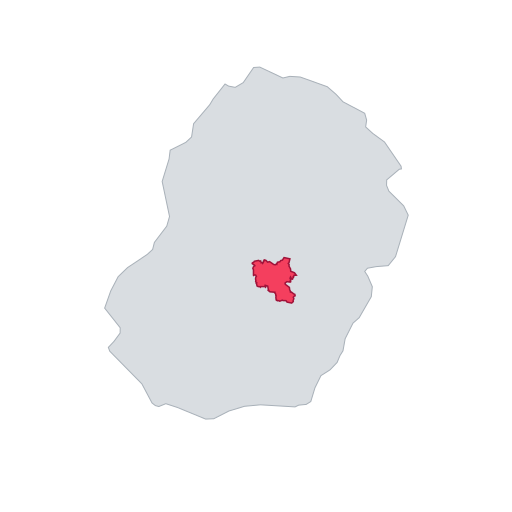 Veles, Veles, North Macedonia shown in context, rotated 132°
{"feature_id": "65306769B79358437937603", "entity_name": "Veles", "entity_type": "district", "adm_level": 2, "iso_a3": "MKD", "parent_name": "North Macedonia", "parent_adm1": "Veles", "projection": "equal_earth", "projection_center": [21.761, 41.766], "detail": "fine", "context": "in_parent", "style": "filled", "palette": "rose", "viewbox_px": 512, "rotation_deg": 132, "n_neighbors": 0, "source": "geoboundaries", "source_scale": "gbopen_adm2", "svg_char_len": 2716}
<svg xmlns="http://www.w3.org/2000/svg" viewBox="0 0 512 512"><g transform="rotate(132 256 256)"><path d="M233.2,138.1L241.0,139.0L257.8,134.4L268.3,127.9L273.7,127.0L280.8,124.5L291.0,124.8L301.4,127.7L314.5,124.0L327.5,117.9L332.7,119.4L338.3,124.5L342.0,126.0L363.6,153.1L375.4,164.0L389.3,172.4L405.2,178.5L410.9,184.3L421.2,213.2L426.1,224.2L432.9,227.5L434.5,230.7L434.8,234.9L427.4,255.2L424.6,301.0L422.7,304.6L414.7,304.4L404.2,305.4L400.2,308.9L396.0,333.6L379.1,340.6L363.6,344.6L350.6,343.7L327.7,337.9L320.3,337.2L313.9,340.6L293.5,342.3L284.5,346.7L263.4,375.6L242.1,385.5L234.8,390.6L218.5,384.2L210.7,383.5L199.4,390.9L174.6,391.6L167.9,392.9L148.9,394.1L148.1,390.1L144.6,384.3L135.7,381.5L117.5,383.9L113.1,379.6L105.7,355.1L99.9,351.1L93.4,342.9L82.5,316.3L82.3,304.7L83.2,294.5L77.2,270.7L81.0,264.7L86.7,260.9L86.8,251.3L85.3,236.8L92.2,208.3L94.0,206.2L95.7,207.6L112.0,209.8L116.2,206.2L118.9,200.6L119.9,179.8L123.8,170.2L163.1,151.9L174.7,151.3L183.5,159.6L190.5,165.0L194.7,164.9L196.2,159.4L201.0,149.0L209.1,143.1L233.0,138.0L233.2,138.1Z" fill="#d9dde1" stroke="#a8b0b8" stroke-width="1"/><path d="M267.1,198.0L264.9,197.8L264.3,198.6L262.4,199.3L261.7,200.7L260.4,200.8L259.4,200.3L258.5,201.5L258.9,202.5L259.1,205.5L259.4,205.5L259.8,206.3L259.0,207.2L258.7,208.2L257.0,210.2L257.4,214.9L257.3,215.6L256.6,216.3L254.4,215.9L252.5,213.1L252.0,213.0L251.9,213.9L251.3,213.7L250.6,214.1L249.8,215.8L248.5,216.3L248.7,215.6L249.6,214.6L248.8,213.4L248.2,213.8L246.8,213.8L246.4,214.5L245.5,214.4L244.9,214.8L243.3,213.2L242.7,216.2L244.1,220.0L242.5,221.7L241.4,224.8L240.3,225.5L239.9,227.1L238.9,227.0L235.4,228.9L238.4,234.1L241.4,233.6L242.9,234.6L244.3,234.4L246.3,235.9L248.2,235.0L248.2,235.6L249.4,235.6L250.4,236.9L251.1,242.2L252.8,243.2L252.6,245.6L253.2,246.3L253.0,246.9L253.8,247.3L254.3,246.7L254.9,247.0L255.7,246.3L257.1,246.1L256.9,247.3L257.4,247.6L257.1,247.8L257.1,249.0L256.7,249.3L257.4,249.6L257.5,251.1L261.0,253.7L261.8,253.5L263.6,254.1L264.2,253.7L263.8,251.0L264.0,250.4L264.5,250.7L265.9,250.6L267.3,250.1L268.0,248.6L272.0,245.0L272.1,244.8L270.9,244.3L270.4,243.4L271.0,242.0L271.5,242.1L272.3,241.7L273.4,241.0L274.2,239.8L275.2,239.2L275.5,238.1L275.9,237.9L275.6,237.4L276.1,237.3L277.6,235.1L277.3,234.0L276.2,232.4L276.2,232.0L275.8,232.2L273.1,229.3L272.7,229.3L272.8,228.0L271.4,228.4L272.1,229.3L271.6,229.6L270.5,227.2L272.4,224.7L273.4,224.0L273.0,223.4L273.4,223.0L273.3,221.7L270.3,217.7L270.8,217.4L271.1,215.9L272.0,215.0L272.1,214.4L273.3,213.7L274.9,211.9L274.7,211.6L275.2,211.2L274.9,210.1L273.9,209.1L273.7,208.1L271.2,206.9L271.1,206.2L269.1,203.8L269.5,202.1L267.1,198.0Z" fill="#f43f5e" stroke="#9f1239" stroke-width="1.5"/></g></svg>